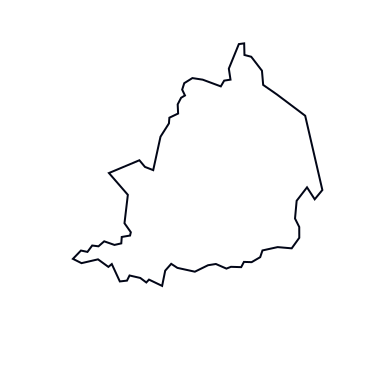 outline of Breathitt, Kentucky, United States of America, rotated 148°
{"feature_id": "52423323B29918739133178", "entity_name": "Breathitt", "entity_type": "district", "adm_level": 2, "iso_a3": "USA", "parent_name": "United States of America", "parent_adm1": "Kentucky", "projection": "orthographic", "projection_center": [-83.252, 37.515], "detail": "fine", "context": "isolated", "style": "outline", "palette": "ink", "viewbox_px": 384, "rotation_deg": 148, "n_neighbors": 0, "source": "geoboundaries", "source_scale": "gbopen_adm2", "svg_char_len": 1038}
<svg xmlns="http://www.w3.org/2000/svg" viewBox="0 0 384 384"><g transform="rotate(148 192 192)"><path d="M328.4,198.4L323.4,190.2L307.4,184.7L302.6,172.8L298.2,173.4L300.6,154.4L294.1,151.3L289.2,154.3L281.4,146.5L278.7,139.5L274.9,140.5L267.1,128.2L256.4,139.5L247.7,142.1L244.6,135.4L231.8,122.9L217.2,121.4L209.9,118.3L203.4,108.8L198.6,107.9L190.1,102.2L185.0,105.2L178.6,100.9L168.7,100.6L163.2,105.1L148.6,99.9L137.3,91.4L125.3,96.3L119.6,105.5L118.7,114.9L107.9,129.1L92.0,135.0L91.8,120.8L80.4,124.6L55.6,196.7L68.3,229.7L74.9,245.1L68.4,257.8L70.1,275.3L74.9,280.4L69.0,290.4L73.9,292.6L95.4,277.1L99.8,266.9L105.7,269.4L111.6,266.3L123.4,281.6L131.3,288.4L140.9,288.4L146.1,284.0L146.8,277.6L151.3,277.7L157.7,273.9L162.2,265.9L171.8,267.0L175.2,262.4L189.4,255.6L213.3,231.1L218.6,238.2L219.8,246.8L252.4,252.1L247.9,223.6L265.8,201.3L265.2,190.3L267.6,187.9L275.4,191.1L279.2,185.9L285.8,188.2L292.6,196.7L300.1,195.5L305.0,199.5L312.4,196.6L317.2,201.2L328.4,198.4Z" fill="none" stroke="#020617" stroke-width="2"/></g></svg>